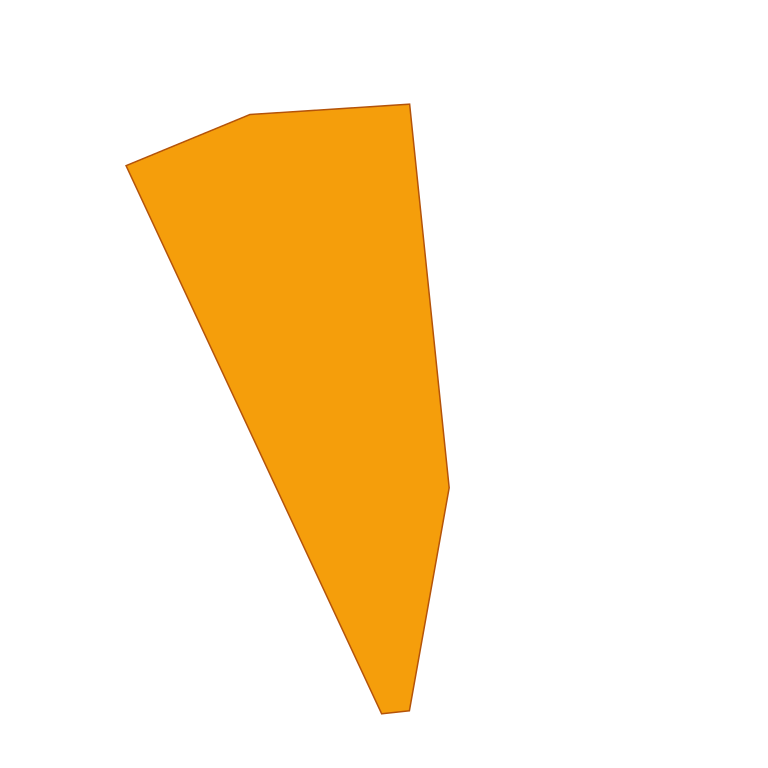 an SVG outline of Sint Maarten, rotated 245°
{"feature_id": "SXM", "entity_name": "Sint Maarten", "entity_type": "country or territory", "adm_level": 0, "iso_a3": "SXM", "parent_name": "North America", "parent_adm1": "", "projection": "orthographic", "projection_center": [-63.073, 18.044], "detail": "fine", "context": "isolated", "style": "filled", "palette": "amber", "viewbox_px": 768, "rotation_deg": 245, "n_neighbors": 0, "source": "natural_earth", "source_scale": "50m", "svg_char_len": 252}
<svg xmlns="http://www.w3.org/2000/svg" viewBox="0 0 768 768"><g transform="rotate(245 384 384)"><path d="M86.1,242.5L690.9,242.5L684.9,376.4L626.8,525.5L262.4,399.2L77.1,268.9L86.1,242.5Z" fill="#f59e0b" stroke="#b45309" stroke-width="1.5"/></g></svg>